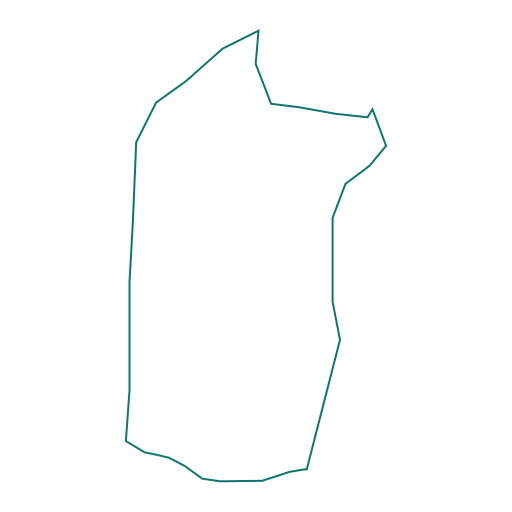 Sasang-gu, Busan, South Korea
{"feature_id": "91817680B50207003035", "entity_name": "Sasang-gu", "entity_type": "district", "adm_level": 2, "iso_a3": "KOR", "parent_name": "South Korea", "parent_adm1": "Busan", "projection": "equal_earth", "projection_center": [128.994, 35.156], "detail": "fine", "context": "isolated", "style": "outline", "palette": "teal", "viewbox_px": 512, "rotation_deg": 0, "n_neighbors": 0, "source": "geoboundaries", "source_scale": "gbopen_adm2", "svg_char_len": 650}
<svg xmlns="http://www.w3.org/2000/svg" viewBox="0 0 512 512"><path d="M258.5,30.7L222.5,48.7L186.0,81.1L156.1,102.6L136.2,142.2L132.9,221.3L129.5,282.4L129.5,322.0L129.5,368.8L129.5,390.4L125.9,441.1L144.7,452.4L155.3,454.5L168.9,457.7L184.9,466.1L202.3,478.7L220.1,481.3L262.1,480.8L289.7,471.8L305.7,469.2L305.7,469.4L306.8,469.2L340.0,339.8L332.6,301.8L332.6,297.8L332.6,297.7L332.6,261.8L332.6,217.8L345.5,183.8L369.5,165.8L385.6,146.4L386.1,145.8L386.0,145.6L385.8,145.1L372.5,109.3L371.7,110.5L367.6,117.2L366.5,117.1L366.4,117.2L335.7,113.8L298.8,107.2L271.1,103.8L255.7,63.9L258.5,30.7Z" fill="none" stroke="#0f766e" stroke-width="2"/></svg>